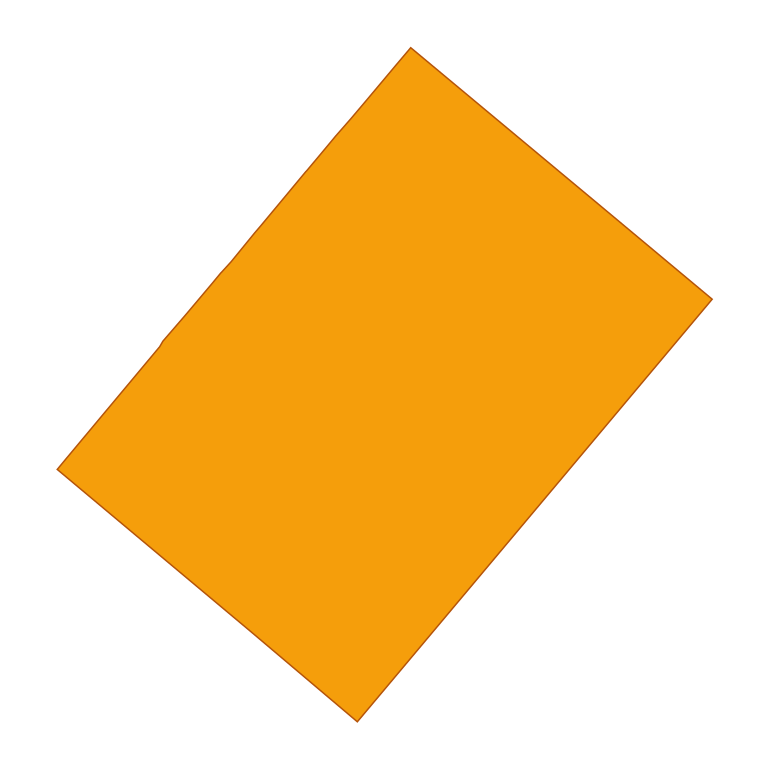 the district of Dickinson, Iowa, United States of America, rotated 310°
{"feature_id": "52423323B9004969002795", "entity_name": "Dickinson", "entity_type": "district", "adm_level": 2, "iso_a3": "USA", "parent_name": "United States of America", "parent_adm1": "Iowa", "projection": "mercator", "projection_center": [-95.113, 43.378], "detail": "fine", "context": "isolated", "style": "filled", "palette": "amber", "viewbox_px": 768, "rotation_deg": 310, "n_neighbors": 0, "source": "geoboundaries", "source_scale": "gbopen_adm2", "svg_char_len": 519}
<svg xmlns="http://www.w3.org/2000/svg" viewBox="0 0 768 768"><g transform="rotate(310 384 384)"><path d="M658.8,188.3L658.5,188.3L658.4,188.3L635.6,188.2L612.5,188.2L589.3,188.2L566.0,188.1L542.9,187.6L520.0,187.7L497.3,187.7L496.4,187.6L425.9,187.9L416.9,187.8L379.3,188.3L364.9,187.7L364.2,187.6L349.7,187.7L309.5,187.6L274.7,187.1L267.8,188.3L267.6,188.2L123.7,188.5L123.0,188.5L108.5,188.6L108.7,441.6L108.1,580.7L659.9,580.9L659.6,442.9L658.8,188.3Z" fill="#f59e0b" stroke="#b45309" stroke-width="1.5"/></g></svg>